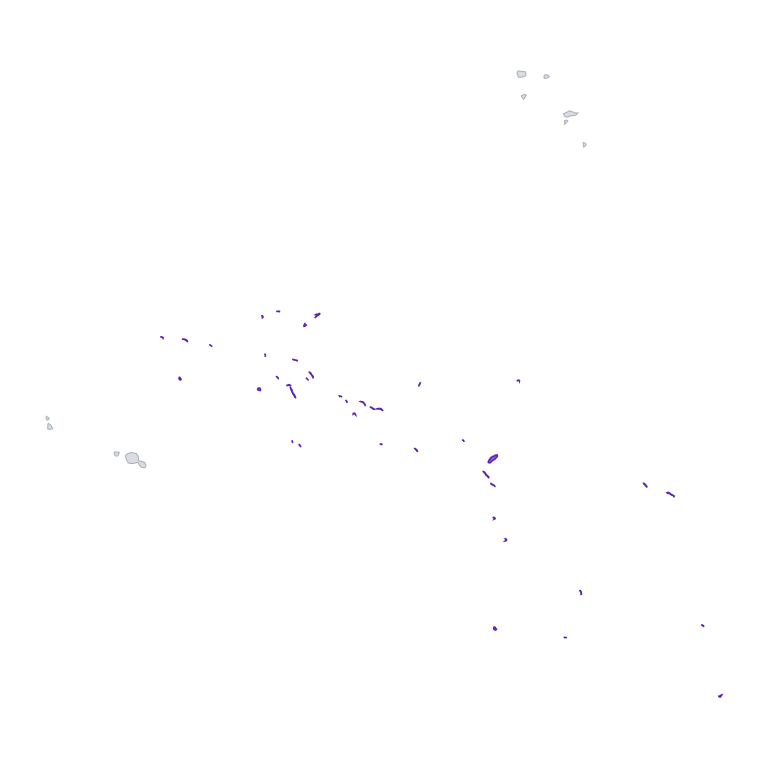 where Tuamotu-Gambier sits in French Polynesia
{"feature_id": "PYF-4965", "entity_name": "Tuamotu-Gambier", "entity_type": "state/province", "adm_level": 1, "iso_a3": "PYF", "parent_name": "French Polynesia", "parent_adm1": "", "projection": "albers", "projection_center": [-142.294, -18.652], "detail": "fine", "context": "in_parent", "style": "filled", "palette": "violet", "viewbox_px": 768, "rotation_deg": 0, "n_neighbors": 0, "source": "natural_earth", "source_scale": "10m", "svg_char_len": 7400}
<svg xmlns="http://www.w3.org/2000/svg" viewBox="0 0 768 768"><path d="M138.7,460.6L144.7,462.4L146.0,465.6L144.8,467.8L141.8,467.4L140.2,466.3L138.0,462.5L132.2,463.6L128.2,463.0L125.8,458.0L125.6,455.7L126.5,454.2L130.7,452.5L136.1,453.4L138.2,456.2L138.7,460.6ZM569.6,110.8L576.0,113.1L578.0,112.9L575.9,115.1L569.5,116.2L567.3,117.2L564.7,116.5L563.4,113.9L569.6,110.8ZM524.7,76.5L520.5,77.4L518.5,77.2L517.0,73.7L517.5,71.6L518.2,70.9L525.4,71.8L526.0,73.4L525.9,74.9L524.7,76.5ZM50.9,429.3L49.3,429.4L47.7,428.8L47.9,424.3L48.2,423.4L50.6,424.8L52.7,428.6L50.9,429.3ZM118.2,455.1L116.9,456.3L115.2,455.6L114.4,454.5L114.1,453.4L114.4,452.0L118.3,452.0L119.4,452.6L118.2,455.1ZM547.1,78.1L544.3,78.4L543.9,76.2L544.7,75.1L546.0,74.6L548.1,75.3L549.2,76.2L549.1,77.0L547.1,78.1ZM524.3,98.6L523.4,99.3L521.7,96.7L521.4,95.7L524.6,94.4L526.3,95.1L524.3,98.6ZM295.7,397.1L295.9,397.8L295.1,397.8L293.5,395.6L292.9,393.7L291.9,391.6L290.5,390.1L290.3,388.6L290.3,386.3L291.9,389.8L293.3,392.6L294.4,394.9L295.7,397.1ZM489.6,462.4L489.8,463.2L488.3,463.1L487.9,462.8L487.9,461.3L489.0,459.4L489.9,457.8L491.6,456.4L494.7,454.9L496.3,454.3L496.7,454.7L496.2,454.9L491.0,458.0L489.4,460.1L488.7,461.6L488.8,462.1L489.6,462.4ZM585.0,146.3L583.4,147.0L583.3,142.4L585.4,143.3L586.1,144.1L585.8,145.3L585.0,146.3ZM488.6,476.8L488.9,478.0L487.4,477.2L486.0,475.0L483.4,472.3L482.8,471.1L484.8,472.2L486.1,473.8L488.6,476.8ZM48.1,419.9L47.3,420.2L46.5,419.5L46.1,418.3L46.3,416.3L48.3,417.5L49.2,418.3L48.1,419.9ZM567.9,120.9L564.6,124.2L564.6,120.6L565.8,120.2L566.9,120.2L567.9,120.9ZM674.6,496.1L673.7,497.0L673.7,496.1L672.5,495.6L671.0,494.7L668.9,493.5L667.7,493.3L667.1,492.7L667.9,492.4L669.3,492.9L671.1,493.9L673.2,495.0L674.6,496.1ZM313.5,376.3L313.3,378.2L312.5,376.3L309.9,373.4L308.9,372.0L310.0,372.2L313.5,376.3ZM494.5,485.2L495.1,486.7L494.1,486.0L490.9,484.4L490.6,483.1L494.5,485.2ZM380.9,408.6L383.1,410.8L380.1,409.3L376.3,408.7L377.8,408.3L379.9,408.4L380.9,408.6ZM375.5,409.3L373.8,409.6L369.8,407.0L371.3,407.0L373.6,408.6L375.5,409.3ZM647.1,486.5L647.0,487.3L643.2,483.0L644.8,483.4L647.1,486.5ZM581.7,594.0L580.6,594.7L581.0,593.7L580.2,591.2L579.3,590.9L580.2,590.2L581.4,592.0L581.7,594.0ZM419.4,385.8L418.6,386.3L419.6,382.8L420.7,382.4L419.4,385.8Z" fill="#d9dde1" stroke="#a8b0b8" stroke-width="1"/><path d="M495.0,459.1L493.0,460.3L491.7,461.3L490.6,462.5L490.2,462.7L489.5,462.7L488.8,462.5L488.5,462.3L488.4,461.8L488.6,461.2L489.1,460.2L489.9,459.4L490.8,457.9L492.3,456.9L495.3,455.6L496.2,455.0L497.3,455.1L497.5,456.0L497.1,456.9L496.3,457.6L495.0,459.1ZM493.8,627.4L494.5,626.9L495.3,627.5L496.5,629.5L495.4,630.1L494.3,629.7L493.6,628.7L493.8,627.4ZM258.1,388.3L259.3,387.9L260.2,388.4L260.6,389.5L260.2,390.6L259.0,390.4L257.9,389.9L257.5,389.2L258.1,388.3ZM295.9,397.9L295.1,397.4L293.9,394.9L292.9,393.8L291.9,391.6L291.3,389.5L290.6,388.5L290.3,386.4L290.4,387.1L290.7,388.1L291.2,389.0L291.6,389.3L291.8,389.8L292.3,392.1L292.5,392.6L292.7,393.0L294.4,394.9L295.4,397.3L295.9,397.9ZM180.2,380.0L179.3,379.4L179.0,378.4L179.1,377.5L179.7,377.2L179.9,377.4L180.4,378.4L180.7,378.8L181.1,379.1L181.0,379.5L180.7,379.8L180.2,380.0ZM314.7,318.0L316.7,315.9L318.5,314.8L319.4,313.9L318.4,314.3L316.6,314.5L314.6,315.0L315.4,314.6L316.3,314.3L318.2,314.1L319.0,313.6L319.5,313.4L319.8,313.6L319.7,314.1L319.6,314.3L318.8,314.9L317.5,315.7L317.1,315.9L316.7,316.2L315.4,317.5L314.7,318.0ZM488.9,478.1L487.9,476.5L486.0,475.1L485.0,473.3L484.5,472.7L482.8,471.2L483.2,471.5L484.8,472.3L485.8,474.2L486.7,475.1L487.8,476.0L488.6,476.9L488.9,478.1ZM718.8,696.1L719.7,696.1L721.0,695.1L721.9,694.8L721.6,695.4L720.2,697.1L719.7,697.0L719.4,696.9L718.8,696.5L718.8,696.1ZM187.6,342.1L187.2,341.5L186.7,340.9L185.9,340.3L184.8,339.7L182.0,339.0L183.8,339.0L185.7,339.5L187.1,340.4L187.6,342.1ZM383.1,410.8L380.3,408.9L378.1,409.0L376.3,408.8L379.9,408.4L380.9,408.7L381.7,409.3L383.1,410.8ZM647.0,487.3L643.2,483.1L644.2,483.6L645.5,484.8L646.6,486.2L647.0,487.3ZM313.3,378.3L312.5,376.4L310.2,372.9L308.9,372.1L310.0,372.3L310.7,373.0L311.8,375.0L312.9,376.3L313.2,377.1L313.3,378.3ZM365.2,405.3L365.0,405.2L363.9,403.3L362.6,402.3L361.2,401.8L360.3,401.5L360.5,401.4L361.3,401.7L362.7,401.8L363.3,402.2L364.5,403.5L365.0,404.3L365.2,405.3ZM673.7,497.1L673.8,497.0L673.8,496.8L673.8,496.5L673.7,496.2L673.4,495.8L673.1,495.5L672.6,495.3L671.3,494.9L671.0,494.7L670.7,494.5L670.5,494.2L670.2,493.9L668.3,492.8L667.8,492.6L667.7,492.8L667.7,493.2L667.7,493.3L667.5,493.2L667.3,492.8L667.1,492.7L667.9,492.4L669.3,492.9L670.5,493.8L671.0,494.5L673.1,495.3L674.1,496.2L673.7,497.1ZM416.8,451.9L417.3,451.1L414.2,448.1L415.3,448.7L416.7,449.8L417.5,451.0L416.8,451.9ZM290.2,385.2L286.3,385.6L288.4,384.8L289.5,384.6L290.2,385.2ZM306.7,324.6L306.3,325.2L305.5,325.8L304.7,326.2L304.0,326.4L303.8,325.9L304.3,324.7L305.2,322.9L304.4,325.0L304.2,326.0L305.1,325.8L306.7,324.6ZM375.5,409.4L373.4,409.2L371.8,407.9L370.0,407.0L371.5,407.4L373.9,409.1L375.5,409.4ZM296.4,360.2L296.9,360.2L297.2,360.4L297.3,360.6L297.1,360.9L296.3,360.3L293.5,359.9L292.4,359.1L295.3,360.0L296.4,360.2ZM505.1,538.8L505.4,538.6L505.9,538.9L506.3,539.3L506.6,539.8L506.5,540.3L506.2,540.7L505.7,540.9L505.1,541.0L505.8,540.4L506.2,540.0L506.1,539.5L505.1,538.8ZM704.0,626.7L701.3,624.8L702.2,624.9L702.9,625.3L703.5,625.8L704.0,626.7ZM580.6,594.8L581.2,594.1L581.3,593.6L580.4,591.0L580.2,590.8L580.0,590.7L579.3,590.9L579.9,590.6L580.1,590.6L580.3,590.6L581.2,592.1L581.5,594.0L580.6,594.8ZM495.0,486.8L494.9,486.6L494.7,486.1L494.1,485.6L491.8,484.4L491.0,483.8L490.7,483.4L490.6,483.2L491.6,484.0L494.4,485.6L494.8,486.2L495.0,486.8ZM163.0,338.4L162.2,337.4L160.3,336.7L161.3,336.8L162.4,337.1L163.2,337.7L163.0,338.4ZM262.0,318.4L262.4,317.4L262.7,316.5L261.3,315.7L262.5,315.8L263.0,316.6L262.8,317.6L262.0,318.4ZM353.3,413.4L354.4,413.1L355.1,413.7L355.5,414.5L355.6,414.9L355.1,414.4L354.6,413.7L353.9,413.3L353.1,414.1L353.1,413.9L353.1,413.7L353.3,413.4ZM492.7,517.8L493.8,517.2L494.8,517.8L495.2,518.7L494.2,519.1L494.8,518.3L494.4,517.8L493.5,517.7L492.7,517.8ZM519.4,381.2L519.1,380.5L518.0,380.4L516.8,381.2L517.7,380.3L518.8,380.1L519.5,380.5L519.4,381.2ZM342.0,396.9L340.7,396.4L339.8,396.6L339.5,396.0L339.8,396.1L339.8,396.3L340.4,396.1L341.1,396.2L341.6,396.5L342.0,396.9ZM418.6,386.3L419.0,385.3L419.5,384.2L420.1,383.2L420.6,382.4L418.6,386.3ZM279.1,312.4L279.3,311.5L278.5,311.4L276.2,311.5L278.6,311.1L279.5,311.3L279.1,312.4ZM301.0,447.1L298.7,444.2L299.4,444.6L300.0,445.3L301.0,447.1ZM278.2,378.3L276.0,376.2L277.6,377.2L278.2,377.9L278.2,378.3ZM346.9,402.8L346.8,401.9L346.7,401.6L345.5,400.1L346.1,400.5L346.8,401.2L347.1,402.1L346.9,402.8ZM382.2,445.0L381.2,444.2L379.7,443.8L380.4,443.8L381.2,443.9L381.9,444.3L382.2,445.0ZM567.0,637.6L563.7,637.6L564.5,637.3L565.3,637.4L566.1,637.6L567.0,637.6ZM292.8,442.8L292.4,442.3L292.2,441.8L292.1,441.1L292.1,440.3L292.8,442.8ZM463.8,441.0L463.6,440.7L463.2,440.3L462.6,440.2L462.0,440.2L462.9,440.0L463.5,440.3L463.9,441.0L463.9,441.7L463.9,442.0L463.9,441.8L463.9,441.7L463.8,441.0ZM265.4,355.6L265.1,356.9L265.2,356.1L265.3,355.1L265.2,354.7L265.0,354.4L264.8,354.3L264.4,354.1L264.6,354.1L264.9,354.3L265.1,354.3L265.3,354.6L265.5,355.1L265.4,355.6ZM212.3,346.7L210.0,344.9L209.2,344.5L210.1,344.8L210.8,345.4L212.3,346.7ZM308.7,380.4L305.9,377.8L306.5,378.2L308.7,380.4Z" fill="#8b5cf6" stroke="#5b21b6" stroke-width="1.5"/></svg>